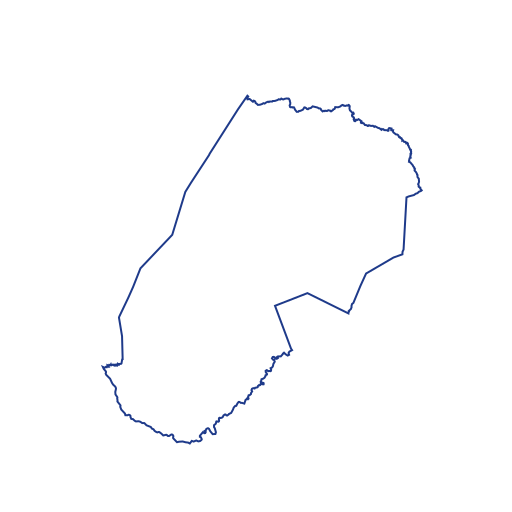 Rufunsa, Lusaka, Zambia, rotated 159°
{"feature_id": "96606910B83885559265483", "entity_name": "Rufunsa", "entity_type": "district", "adm_level": 2, "iso_a3": "ZMB", "parent_name": "Zambia", "parent_adm1": "Lusaka", "projection": "robinson", "projection_center": [29.511, -15.164], "detail": "fine", "context": "isolated", "style": "outline", "palette": "blue", "viewbox_px": 512, "rotation_deg": 159, "n_neighbors": 0, "source": "geoboundaries", "source_scale": "gbopen_adm2", "svg_char_len": 6065}
<svg xmlns="http://www.w3.org/2000/svg" viewBox="0 0 512 512"><g transform="rotate(159 256 256)"><path d="M77.8,257.9L78.5,260.1L78.1,261.0L79.0,261.8L79.3,262.5L78.8,263.6L78.9,265.0L78.5,265.2L77.2,266.8L76.3,269.9L76.9,271.6L76.8,272.3L76.2,273.7L76.5,274.3L76.3,275.2L76.6,277.1L77.3,278.9L77.2,279.4L76.4,280.3L76.8,281.1L76.5,281.9L77.1,283.3L77.1,284.4L78.4,288.1L79.4,289.1L78.9,289.7L79.0,290.1L77.6,292.2L76.5,292.3L76.7,292.8L76.1,293.6L76.2,294.0L75.4,294.7L75.3,295.8L74.6,295.8L74.2,296.4L74.2,297.4L73.7,298.0L73.8,298.8L73.3,299.4L73.3,299.7L74.0,300.2L73.9,300.9L74.2,303.3L74.0,304.0L74.4,304.9L74.0,306.2L74.5,306.3L74.7,306.8L74.3,307.5L74.5,307.7L75.4,307.6L75.3,308.3L75.6,309.0L76.8,309.4L77.3,311.2L77.9,311.2L77.7,311.5L78.0,312.2L77.8,312.4L78.0,313.8L78.4,313.8L79.6,315.4L79.2,315.7L79.9,316.6L79.9,317.7L80.5,318.7L81.8,319.4L83.5,322.3L83.4,323.6L83.0,324.2L83.8,324.4L84.0,325.1L84.3,324.7L84.6,324.9L83.8,326.1L83.8,326.4L84.5,326.4L85.1,327.4L85.9,327.7L86.8,327.1L87.3,325.6L87.9,325.5L88.5,326.4L91.2,327.6L91.6,328.7L92.5,328.9L92.9,329.4L93.7,328.9L95.0,331.1L95.9,331.6L98.4,334.5L99.3,334.2L100.2,335.7L102.0,336.2L103.7,337.6L104.4,337.2L105.2,337.4L105.7,338.4L107.4,339.3L107.9,341.2L108.5,341.5L108.7,342.2L109.7,342.2L110.3,342.8L110.1,343.4L109.3,344.1L111.2,347.0L112.8,346.7L113.3,347.2L114.0,347.4L114.7,346.4L115.2,346.3L115.8,346.8L115.8,348.8L115.1,349.3L115.0,350.3L116.1,351.8L116.1,352.5L115.9,353.2L114.0,353.5L113.7,353.9L113.8,355.0L114.9,355.2L115.1,355.6L115.2,356.5L116.1,358.3L115.9,360.2L114.8,362.3L115.2,363.7L115.5,363.9L116.2,363.4L117.5,364.1L118.5,364.0L120.0,364.7L120.1,365.2L121.1,366.0L121.8,365.8L122.2,366.0L123.6,365.4L126.0,365.4L128.7,366.6L129.5,365.5L130.1,365.1L131.3,365.2L131.8,364.7L134.0,364.1L134.5,364.4L134.5,365.0L136.3,366.2L137.8,365.9L139.0,366.7L139.9,366.6L140.4,367.2L142.0,367.1L142.9,369.2L142.8,370.0L143.4,370.9L144.4,371.2L145.3,372.5L149.5,375.4L151.8,374.5L153.9,374.9L154.1,374.6L154.9,374.4L155.8,375.0L156.1,376.0L157.1,377.2L157.6,377.4L159.8,375.8L162.6,375.6L163.9,376.0L164.7,375.5L166.3,376.0L167.2,378.9L167.1,379.9L167.4,381.3L168.6,381.5L169.0,382.1L170.2,382.3L170.8,382.9L170.6,384.6L169.6,385.5L169.0,387.0L169.0,388.1L168.7,389.1L168.9,391.0L169.2,391.3L169.5,391.2L170.6,392.0L171.5,392.2L173.3,392.5L174.1,392.3L174.8,392.6L176.0,393.9L177.0,393.4L177.5,393.4L178.5,394.2L180.0,393.9L182.8,394.0L184.9,394.7L185.5,394.4L187.8,395.3L188.8,395.1L189.1,395.6L189.8,395.8L191.5,395.7L193.3,395.2L194.3,396.0L195.9,395.7L198.1,395.8L200.1,396.4L200.8,398.0L201.5,398.9L201.4,400.4L201.8,401.3L202.5,401.8L203.2,401.1L203.6,401.1L205.7,404.9L207.8,405.3L207.8,406.4L206.1,407.7L206.6,408.7L220.1,399.5L262.6,368.1L263.6,367.1L290.3,347.8L299.0,341.2L326.6,305.8L368.3,285.9L381.8,271.2L390.0,263.0L405.3,248.5L406.0,247.6L409.8,229.1L417.5,207.4L418.0,207.4L420.1,203.9L420.6,203.7L422.7,204.3L423.0,203.7L423.4,204.0L423.3,204.4L423.7,205.0L424.2,204.4L424.9,204.6L424.4,203.6L424.9,203.4L425.2,204.0L426.6,204.7L426.7,204.1L427.1,204.2L427.4,205.3L427.6,205.4L427.9,204.9L428.1,205.0L428.6,205.9L430.3,205.8L430.3,206.8L430.9,206.3L431.3,206.7L431.8,206.6L432.2,207.0L432.9,206.6L433.4,207.0L433.2,205.4L433.8,205.6L434.6,206.4L435.3,205.7L436.0,206.3L436.7,206.0L437.5,206.1L438.7,207.3L438.6,205.2L437.5,202.0L437.8,201.0L438.5,200.1L438.4,198.7L436.2,193.7L435.9,189.1L435.5,187.2L434.2,184.5L434.1,183.2L434.3,182.2L436.1,179.5L436.8,177.1L436.1,174.1L436.2,173.3L436.7,172.6L436.9,171.2L437.5,169.8L436.1,165.3L436.2,164.6L436.8,163.9L436.8,160.9L434.8,155.9L435.0,154.2L433.1,153.4L431.7,153.4L430.9,152.8L430.5,151.8L430.9,150.6L430.8,148.6L429.3,147.8L428.3,145.7L427.4,144.6L424.8,143.8L423.4,142.7L422.1,140.8L420.1,140.0L418.9,137.2L415.5,134.1L415.0,132.1L413.8,131.0L413.3,129.0L412.3,127.6L411.4,126.7L410.0,126.6L409.3,126.2L408.0,124.1L406.9,121.7L403.9,121.3L403.4,120.9L402.9,119.7L401.7,119.1L399.0,119.7L398.1,119.2L397.7,118.3L397.7,117.4L398.3,116.6L398.6,115.5L396.5,110.5L394.4,110.2L390.9,109.1L388.6,107.4L386.2,106.1L385.0,104.7L382.2,106.4L380.7,105.1L377.9,105.2L376.3,103.6L374.5,103.3L372.9,103.8L372.3,104.4L372.4,106.6L373.2,107.3L372.8,108.3L368.6,110.6L367.8,109.1L366.9,108.9L366.0,109.7L366.5,111.1L365.3,111.3L364.4,112.3L363.1,112.5L362.5,112.4L361.8,111.5L361.5,108.8L360.3,105.2L357.7,104.4L356.6,105.8L356.2,109.9L356.5,111.3L355.8,113.1L353.9,113.7L353.2,114.4L352.4,115.7L351.8,115.7L350.7,114.8L349.9,114.9L349.4,115.6L349.1,117.1L348.6,117.9L347.8,118.0L347.1,117.4L345.7,117.3L344.6,117.7L343.5,118.8L341.7,119.2L341.2,118.9L340.7,117.8L340.1,117.4L338.2,117.9L337.9,118.2L335.4,118.4L332.5,120.9L331.1,122.5L329.1,123.5L328.1,123.2L326.2,125.0L324.5,126.0L323.7,125.7L322.9,124.4L321.7,123.9L319.8,122.4L317.3,125.4L316.7,125.5L315.2,126.3L314.8,125.2L314.1,125.5L313.9,127.3L312.8,128.6L312.0,128.3L310.2,128.9L309.8,129.8L308.1,131.0L308.3,132.4L307.3,133.5L305.9,133.6L304.8,132.8L304.1,133.3L302.0,132.9L301.4,133.0L300.8,133.9L299.4,134.4L299.1,134.0L298.1,134.1L297.3,135.1L296.6,134.5L296.0,134.5L295.5,133.6L294.9,133.5L294.5,134.3L294.5,134.8L296.0,135.9L296.8,136.0L296.7,137.0L295.9,137.6L295.0,139.0L293.2,138.9L291.7,139.3L290.2,140.5L289.9,141.2L288.3,141.4L288.0,141.8L288.5,144.2L288.1,145.4L286.8,145.6L285.9,144.1L284.9,144.0L283.9,143.3L283.2,143.4L282.6,144.4L282.6,146.0L280.8,146.2L279.6,147.2L278.4,149.1L276.4,150.6L276.3,152.7L277.1,152.9L277.8,154.7L276.6,155.7L275.6,155.5L274.8,154.6L274.7,153.3L274.1,152.8L273.3,152.6L272.1,152.9L272.2,153.6L272.7,154.0L272.4,154.3L271.5,154.4L268.8,153.4L266.1,154.8L265.9,155.2L264.5,155.7L263.6,153.7L262.1,151.7L260.5,151.9L260.4,153.5L260.1,154.1L259.0,154.8L256.1,155.2L256.5,156.9L256.1,202.7L221.3,202.9L190.3,169.3L189.8,170.4L189.1,170.7L189.1,171.4L186.4,172.5L185.1,174.0L184.8,175.1L183.5,176.8L181.9,177.3L169.3,190.6L159.5,200.2L128.2,205.3L118.7,205.1L117.7,207.4L115.9,209.2L94.5,256.8L92.1,256.9L86.7,256.3L84.6,256.9L82.7,256.8L81.0,257.6L78.7,257.6L77.8,257.9Z" fill="none" stroke="#1e3a8a" stroke-width="2"/></g></svg>